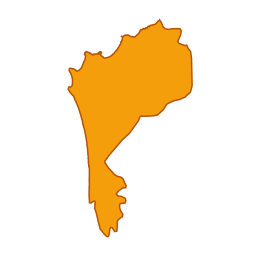 Piriápolis, Maldonado, Uruguay (Mercator projection), rotated 93°
{"feature_id": "84410073B95190776679231", "entity_name": "Piriápolis", "entity_type": "district", "adm_level": 2, "iso_a3": "URY", "parent_name": "Uruguay", "parent_adm1": "Maldonado", "projection": "mercator", "projection_center": [-55.248, -34.845], "detail": "fine", "context": "isolated", "style": "filled", "palette": "amber", "viewbox_px": 256, "rotation_deg": 93, "n_neighbors": 0, "source": "geoboundaries", "source_scale": "gbopen_adm2", "svg_char_len": 5367}
<svg xmlns="http://www.w3.org/2000/svg" viewBox="0 0 256 256"><g transform="rotate(93 128 128)"><path d="M18.4,102.1L18.9,102.3L19.4,103.2L19.9,103.8L20.7,104.2L21.2,104.6L21.7,105.0L22.0,105.2L22.6,106.0L23.1,106.4L23.2,106.7L23.3,107.0L23.6,108.2L23.5,108.4L23.8,108.8L24.0,109.8L24.1,110.2L24.2,110.6L24.7,111.1L24.7,111.4L24.7,111.5L24.9,111.5L25.1,111.6L25.2,111.8L25.3,111.8L25.5,111.9L25.5,112.2L25.6,112.3L25.3,113.0L25.5,113.3L26.1,113.4L26.6,113.8L27.0,114.1L27.2,114.5L27.2,115.0L26.9,115.2L27.1,115.5L27.5,115.4L27.6,115.6L27.8,115.6L27.9,115.8L28.3,116.5L28.2,116.9L27.9,116.9L27.7,117.3L27.8,117.8L28.1,117.9L28.3,118.1L28.2,118.3L28.6,118.7L28.8,118.6L28.9,118.8L29.2,119.0L29.3,119.3L29.3,119.8L29.1,120.1L29.3,120.2L29.4,120.6L30.6,121.2L31.1,121.3L32.0,121.7L32.5,121.9L32.8,122.3L33.3,122.5L34.1,123.3L34.5,123.7L35.0,124.2L36.0,125.1L36.7,126.1L36.7,126.3L37.0,126.7L37.0,127.0L36.6,127.4L36.4,128.0L36.7,129.2L35.9,131.6L35.4,131.9L35.1,133.3L35.5,134.3L35.2,135.2L35.3,135.8L35.8,136.1L36.0,136.7L36.3,136.9L36.4,137.1L36.9,137.9L37.0,138.6L36.7,139.0L36.8,139.2L37.6,138.3L38.2,138.2L41.5,138.8L42.0,139.0L42.3,139.2L42.3,139.5L42.6,139.5L43.3,139.7L44.7,139.9L45.4,140.4L45.4,140.5L46.0,140.7L46.8,141.0L47.0,141.2L47.7,141.5L48.3,141.7L48.5,141.9L48.4,142.0L48.6,142.2L49.5,142.5L49.9,142.8L50.9,143.3L51.3,143.7L51.2,143.8L52.1,144.4L52.7,144.9L52.8,145.0L53.9,145.6L54.7,146.5L55.5,147.2L55.4,147.3L56.0,147.7L56.4,148.2L56.7,148.5L57.4,149.6L57.7,150.0L58.2,150.9L58.4,151.5L58.8,152.6L59.5,155.2L58.8,156.2L58.6,156.2L58.5,156.3L58.4,156.6L58.0,157.2L56.9,159.0L54.7,158.8L54.7,159.0L56.0,159.1L55.9,159.5L55.8,160.2L55.7,161.3L55.2,161.6L54.9,161.4L54.3,160.7L53.8,160.2L53.5,159.8L53.5,159.7L53.8,158.7L54.0,158.5L53.9,158.4L53.7,158.4L53.5,158.9L53.3,159.5L53.3,159.8L53.4,160.1L54.3,161.2L54.5,161.5L54.9,161.8L55.6,162.2L55.7,162.3L55.8,162.5L55.7,163.6L55.8,164.2L55.9,164.6L56.2,164.9L56.3,165.1L56.4,165.4L56.5,165.6L56.4,165.9L56.3,166.0L56.1,165.9L55.9,166.0L56.0,166.3L56.2,166.5L56.6,166.6L56.7,166.8L56.5,167.1L56.6,167.4L56.6,167.6L56.7,167.9L56.6,168.1L56.3,168.3L56.1,168.6L56.0,168.8L55.8,169.0L55.7,169.2L55.4,169.2L55.3,169.4L55.3,169.6L55.2,169.7L54.9,170.3L54.8,170.7L54.7,170.9L54.7,171.0L54.9,171.0L54.7,171.3L54.6,171.6L54.5,171.8L54.3,172.1L54.2,172.5L54.2,173.1L53.9,173.6L54.2,173.7L54.4,173.8L54.5,174.0L54.5,174.3L54.8,174.4L54.9,174.7L55.0,174.9L55.2,175.0L55.5,175.1L55.8,175.0L56.1,174.9L56.3,174.8L56.6,174.9L56.6,175.1L56.7,175.3L57.0,175.2L57.5,174.7L57.8,174.2L58.0,174.1L59.0,174.2L59.4,174.2L60.5,174.3L60.8,174.5L61.0,174.5L62.2,174.7L62.6,174.8L63.5,175.1L63.8,175.4L64.1,175.5L64.9,175.9L65.2,176.0L65.5,176.0L65.6,175.9L65.8,175.9L66.2,176.1L66.3,176.1L66.6,176.2L66.9,176.4L67.5,176.7L69.2,177.1L69.7,177.3L70.3,177.8L71.1,178.2L72.0,179.0L72.5,179.6L72.8,179.9L73.2,180.4L73.4,180.8L73.7,181.5L73.8,182.1L73.8,182.4L73.4,182.9L73.0,183.2L72.7,183.5L72.0,185.0L72.0,185.5L71.7,185.9L71.8,186.3L71.6,186.8L71.6,187.6L71.4,188.0L71.5,188.2L71.4,189.0L72.0,189.8L73.1,189.8L74.3,189.6L74.9,189.1L75.3,188.8L75.6,188.4L76.0,188.2L76.6,188.0L77.6,187.5L79.3,186.8L81.1,186.3L82.4,186.0L84.3,185.9L85.9,185.8L87.4,185.9L88.4,186.1L89.2,186.5L89.8,187.0L90.2,187.7L90.0,188.8L90.3,189.4L91.0,189.4L91.8,189.7L92.5,189.7L93.2,189.3L93.7,188.8L95.2,187.9L95.9,187.3L97.8,185.5L98.2,185.0L98.6,184.4L99.3,183.9L100.4,183.5L101.4,182.8L102.1,182.8L102.7,182.5L103.5,181.8L105.6,180.8L110.5,178.5L117.7,175.8L120.3,175.0L122.7,174.1L124.3,173.6L125.3,173.6L129.4,172.2L132.2,171.3L132.7,171.3L133.4,170.9L135.9,170.4L138.0,169.8L138.5,169.8L141.0,169.0L142.1,169.0L143.1,168.7L144.7,168.3L146.4,168.1L146.8,168.2L147.6,167.9L150.1,167.5L151.9,167.1L153.0,167.1L154.9,166.8L155.2,166.6L156.2,166.7L156.9,166.6L157.3,166.4L159.4,166.1L159.9,166.3L160.1,166.2L160.5,166.1L161.4,166.0L161.7,165.8L162.2,165.8L162.5,165.8L163.2,165.8L163.6,165.7L163.9,165.7L164.2,165.9L164.4,165.8L164.6,165.7L164.9,165.6L165.2,165.7L166.3,165.4L167.8,165.1L168.5,165.2L168.8,165.1L169.1,164.8L169.9,164.5L178.9,164.0L179.3,164.0L179.6,164.1L180.0,164.1L180.3,164.1L180.5,164.1L180.8,164.0L181.7,163.8L182.5,164.0L182.8,163.9L187.0,163.6L187.8,163.5L188.5,163.7L189.4,163.5L189.8,163.7L191.2,163.4L191.7,163.6L196.2,163.4L198.0,163.2L198.4,163.3L199.4,163.0L200.7,163.0L201.6,162.8L204.7,162.6L204.8,160.9L203.4,159.3L202.7,157.5L203.9,156.9L209.8,157.1L214.3,155.3L222.7,152.9L230.3,150.5L235.4,145.9L237.5,143.5L237.6,142.3L236.6,141.5L233.3,141.1L229.7,140.9L228.1,140.0L228.5,138.5L232.1,135.9L231.6,133.8L229.6,133.6L226.4,133.6L222.4,133.9L220.3,133.1L218.5,131.2L216.9,129.0L214.6,128.6L212.9,129.8L209.9,131.6L206.4,132.4L203.9,131.9L203.1,127.1L201.1,126.4L198.5,127.0L196.6,130.9L196.5,134.4L194.5,136.2L193.1,135.5L190.8,133.4L188.3,130.4L187.7,127.1L185.6,126.9L181.9,128.9L179.1,130.3L177.4,132.6L176.9,135.9L175.2,139.0L169.0,145.3L163.8,149.3L162.2,149.3L156.2,145.4L140.0,133.0L133.2,126.3L125.9,121.6L120.2,117.9L116.3,116.8L115.5,115.6L115.3,110.6L114.5,103.3L113.4,99.1L108.1,93.9L102.2,90.5L100.6,87.9L98.2,83.1L96.8,78.0L94.4,72.9L88.8,67.5L82.3,66.2L55.2,68.2L48.4,69.5L45.2,72.2L42.2,73.7L42.7,75.6L40.8,81.4L38.9,82.8L36.5,81.9L33.1,80.6L30.0,80.0L27.9,80.1L26.2,81.1L26.2,83.6L26.5,88.1L27.4,93.0L26.9,96.2L24.9,98.4L20.8,100.3L18.4,102.1Z" fill="#f59e0b" stroke="#b45309" stroke-width="1.5"/></g></svg>